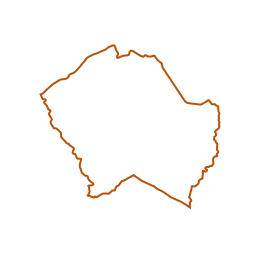 Santa Elena, La Paz, Honduras (Albers equal-area conic projection), rotated 288°
{"feature_id": "27666195B24762769200166", "entity_name": "Santa Elena", "entity_type": "district", "adm_level": 2, "iso_a3": "HND", "parent_name": "Honduras", "parent_adm1": "La Paz", "projection": "albers", "projection_center": [-88.165, 14.069], "detail": "fine", "context": "isolated", "style": "outline", "palette": "amber", "viewbox_px": 256, "rotation_deg": 288, "n_neighbors": 0, "source": "geoboundaries", "source_scale": "gbopen_adm2", "svg_char_len": 5752}
<svg xmlns="http://www.w3.org/2000/svg" viewBox="0 0 256 256"><g transform="rotate(288 128 128)"><path d="M71.6,211.4L73.9,210.5L76.5,210.0L76.8,210.0L77.3,210.2L77.6,210.4L77.8,210.5L78.3,210.6L78.7,210.5L79.1,210.2L80.8,208.0L81.0,207.6L81.3,207.4L82.5,207.6L84.3,207.4L86.0,207.4L87.9,207.3L89.2,207.2L91.9,206.9L92.3,206.9L92.5,206.9L92.6,207.1L92.5,207.8L93.2,209.9L94.0,210.4L94.8,210.8L95.4,211.4L96.3,211.9L96.9,212.1L97.6,212.2L98.2,212.1L99.1,211.8L99.7,211.8L100.2,211.9L100.8,212.3L102.4,213.6L102.6,213.8L102.8,214.3L103.0,214.4L103.5,214.3L105.4,213.7L107.6,213.4L109.7,212.5L110.1,212.4L110.4,212.4L110.6,212.5L110.7,212.9L110.6,213.6L110.3,214.3L110.3,214.6L110.5,215.2L110.8,215.6L111.3,216.0L111.8,216.2L112.2,216.3L112.5,216.2L112.8,215.8L113.1,214.6L113.4,214.2L113.6,214.0L113.8,213.9L114.1,213.9L114.3,214.0L114.8,214.3L115.2,215.0L115.5,215.6L115.7,216.5L116.0,216.9L116.3,217.2L116.9,217.5L117.3,218.0L117.5,218.4L117.7,219.4L117.8,219.5L118.0,219.6L118.4,219.8L119.4,219.8L120.6,220.1L120.9,220.1L121.5,219.9L123.8,218.7L124.6,218.6L125.6,218.6L126.8,218.9L127.3,219.2L127.7,219.4L128.0,219.8L128.5,221.3L128.8,221.5L129.1,221.4L129.4,221.1L129.7,220.8L130.2,220.5L130.6,220.4L130.9,220.5L131.4,220.9L132.1,221.1L132.7,221.2L133.2,221.1L133.7,220.8L134.7,219.6L135.1,219.3L137.7,218.5L139.1,218.3L140.0,218.0L140.7,217.5L141.1,217.1L141.4,216.3L141.8,215.8L142.7,215.2L143.1,214.5L143.5,213.6L143.7,213.3L143.9,213.2L144.3,213.2L145.0,213.2L146.1,212.9L146.6,213.2L147.3,213.6L147.7,213.7L148.3,213.9L148.9,213.9L149.3,213.8L149.6,213.6L151.0,212.2L151.4,212.0L151.8,212.0L152.5,212.2L153.9,213.2L156.3,214.6L156.5,214.6L157.7,214.1L157.9,214.1L158.0,214.3L158.6,214.2L159.2,213.6L159.6,213.3L160.2,213.3L161.0,213.4L161.7,213.2L162.1,212.9L162.8,212.2L163.9,211.7L164.4,211.5L165.2,211.6L165.6,211.5L166.0,211.3L167.0,210.7L167.7,210.5L168.4,210.4L169.4,210.5L170.1,210.4L170.6,210.1L171.7,209.0L172.2,208.7L172.9,208.4L176.3,207.2L176.6,205.1L177.1,204.0L177.4,202.7L177.3,202.3L176.9,201.9L176.7,201.4L176.6,200.9L176.6,200.3L177.2,199.4L179.2,196.6L179.3,196.2L179.3,195.9L179.2,195.6L178.9,195.3L177.7,194.6L176.9,194.0L175.8,192.9L174.0,191.3L173.0,190.2L172.8,189.9L172.5,188.9L172.0,186.7L171.6,183.9L171.0,181.5L170.3,177.8L170.3,176.5L170.4,175.8L170.6,175.2L171.1,174.1L171.7,173.1L195.7,142.8L196.5,142.1L197.2,141.6L197.7,141.3L198.6,140.9L199.8,140.1L200.5,138.4L201.2,136.4L201.4,135.8L202.7,133.8L204.0,132.1L204.5,131.6L204.7,131.3L204.8,130.7L204.7,130.2L203.0,127.5L202.7,126.7L202.3,125.3L202.2,124.8L202.4,124.3L202.4,123.8L202.6,122.4L202.6,122.0L202.2,121.6L200.7,120.7L200.5,120.1L200.4,119.2L200.4,118.9L201.1,114.8L201.8,112.5L202.0,111.7L202.1,110.8L202.5,109.8L202.7,108.8L202.7,107.9L202.5,107.1L202.4,106.8L202.0,106.5L201.6,106.3L201.2,106.1L200.2,106.0L199.1,106.2L198.3,106.2L197.9,106.1L197.5,105.9L196.9,105.0L195.7,102.1L195.4,101.5L194.9,100.8L194.1,99.7L193.8,99.0L192.5,98.0L192.3,97.7L191.9,97.0L191.5,96.1L191.6,95.9L192.3,95.6L193.2,95.5L195.4,95.7L195.8,95.6L196.2,95.3L196.8,94.7L197.9,93.1L201.6,90.3L202.0,89.9L202.2,89.4L202.2,88.9L202.0,88.4L201.5,87.6L201.0,87.0L200.4,86.4L199.8,85.6L199.0,84.7L198.1,84.0L195.8,82.5L195.2,81.9L194.0,80.5L191.3,77.4L189.1,75.0L188.2,73.6L187.1,72.2L183.8,68.8L182.8,67.9L182.4,67.6L181.8,67.3L178.5,66.1L176.5,65.3L175.0,64.7L170.3,62.8L166.4,61.0L164.7,60.1L163.9,59.5L163.3,58.9L161.6,56.7L161.0,56.2L160.6,55.9L159.9,55.7L157.9,55.4L156.7,54.9L155.9,54.0L155.1,52.9L154.7,52.2L153.8,49.8L152.7,48.4L152.0,47.6L150.3,46.3L147.7,44.0L146.8,43.3L140.4,39.4L139.4,38.8L135.5,37.0L133.9,35.8L133.4,35.2L132.9,34.5L129.6,37.4L129.3,37.8L129.2,38.1L129.2,38.4L129.7,40.4L129.7,40.6L129.5,40.8L129.1,41.1L128.6,41.2L128.4,41.2L127.5,40.7L126.6,40.4L126.4,40.3L126.1,40.5L125.5,41.3L124.4,43.3L123.8,44.2L123.3,44.7L122.0,45.7L121.0,46.8L120.9,47.2L121.0,47.7L120.9,48.0L120.7,48.5L120.5,48.9L120.2,49.0L119.7,49.0L117.6,48.4L117.2,48.3L116.4,48.8L113.8,51.9L113.2,52.5L112.8,52.8L112.5,52.9L111.8,52.9L111.4,52.9L110.5,52.6L109.5,52.6L109.2,52.7L108.7,53.0L107.8,53.9L106.9,55.2L104.9,57.5L105.0,57.9L105.3,59.6L105.3,60.1L105.2,60.6L104.7,61.8L103.7,63.8L102.9,65.5L102.6,65.7L101.9,66.1L101.1,66.3L100.1,66.6L99.6,66.7L99.1,67.0L98.8,67.3L98.1,68.3L97.1,69.9L95.6,72.9L94.7,74.1L94.6,74.5L94.6,75.4L94.5,76.6L94.3,76.9L93.8,77.2L93.7,77.5L92.7,81.2L92.2,82.5L91.7,82.9L91.1,83.2L90.9,83.1L89.7,82.8L89.0,82.7L87.7,82.9L87.3,83.1L87.0,83.3L86.8,83.7L86.7,84.2L86.7,84.7L86.9,85.4L86.8,85.8L86.7,86.2L86.0,86.7L84.4,88.0L83.6,88.7L83.5,89.0L83.4,89.5L83.4,90.1L83.6,90.8L83.9,91.8L84.1,92.4L84.0,92.7L83.9,92.9L83.5,93.1L81.2,93.3L78.8,93.4L77.9,93.6L76.9,93.9L75.9,94.4L74.8,95.3L72.1,97.3L71.2,98.0L70.9,98.3L70.6,99.3L69.8,100.8L69.6,101.4L69.5,102.3L69.7,103.1L69.8,103.5L69.7,104.3L69.5,104.5L66.9,106.4L66.6,106.7L66.1,107.7L65.5,109.0L65.1,110.0L64.7,111.6L64.5,112.0L64.2,112.3L64.0,112.5L63.5,112.4L63.1,112.2L62.8,111.9L62.1,110.9L61.3,109.0L61.0,108.4L60.8,108.2L59.4,109.4L58.5,109.8L57.7,110.0L56.1,111.0L55.6,111.2L54.7,111.2L51.5,110.6L51.3,110.6L51.2,110.8L51.6,111.7L51.6,112.7L51.6,113.4L51.3,114.2L51.3,116.3L51.3,117.1L52.7,118.0L52.8,118.2L52.6,118.5L52.5,118.8L52.6,119.5L52.7,119.8L53.6,120.5L54.7,121.4L56.8,123.4L57.6,124.1L57.8,124.3L59.0,127.6L59.3,129.2L59.7,130.2L59.9,130.3L61.6,131.1L62.1,131.6L63.0,132.0L63.6,132.4L63.8,132.7L64.4,134.4L64.5,134.7L64.8,134.8L65.2,134.9L66.0,134.8L66.9,134.8L68.0,134.9L68.6,135.1L69.2,135.4L70.1,136.5L71.1,137.2L71.5,137.3L72.1,137.3L72.6,137.5L73.3,137.7L74.4,138.2L75.1,138.3L75.5,138.5L76.1,139.2L76.4,140.0L84.9,147.9L82.0,157.2L81.1,165.0L80.5,170.9L79.1,174.5L78.5,179.2L77.6,183.2L75.4,190.2L74.1,202.3L71.6,211.4Z" fill="none" stroke="#b45309" stroke-width="2"/></g></svg>